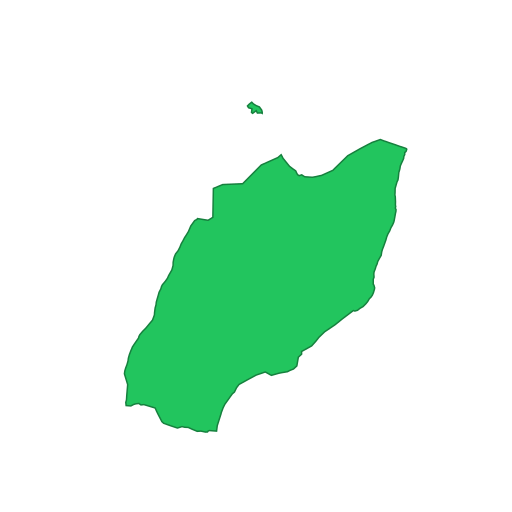 outline of Gassol, Taraba, Nigeria, rotated 154°
{"feature_id": "59680162B86116731035265", "entity_name": "Gassol", "entity_type": "district", "adm_level": 2, "iso_a3": "NGA", "parent_name": "Nigeria", "parent_adm1": "Taraba", "projection": "albers", "projection_center": [10.507, 8.392], "detail": "fine", "context": "isolated", "style": "filled", "palette": "green", "viewbox_px": 512, "rotation_deg": 154, "n_neighbors": 0, "source": "geoboundaries", "source_scale": "gbopen_adm2", "svg_char_len": 3488}
<svg xmlns="http://www.w3.org/2000/svg" viewBox="0 0 512 512"><g transform="rotate(154 256 256)"><path d="M368.2,115.9L365.2,120.5L359.2,126.8L356.8,129.3L355.8,130.5L352.1,134.0L349.0,136.4L346.8,137.6L342.9,139.7L340.9,140.8L337.7,142.5L335.0,143.2L331.3,146.1L327.6,148.0L317.8,148.5L312.8,148.7L307.9,148.9L301.8,148.1L298.5,147.7L294.5,142.0L289.5,141.1L286.8,140.6L283.8,139.8L281.8,139.2L278.4,138.2L275.7,138.3L271.8,138.0L267.5,139.3L262.3,146.5L258.0,147.8L256.9,150.2L245.4,150.8L239.7,153.1L235.2,155.3L227.5,157.8L215.4,159.5L214.4,159.7L205.7,161.7L192.4,164.3L191.3,163.2L188.6,162.7L185.3,163.4L182.0,163.6L178.2,164.9L175.6,166.1L172.9,167.9L170.7,168.6L168.6,169.8L166.5,171.6L164.4,173.9L163.9,174.5L163.3,175.4L162.8,178.2L163.0,179.2L160.8,183.7L159.2,185.2L158.0,188.2L156.9,189.9L154.3,192.3L152.8,194.0L150.6,195.8L149.1,197.6L145.9,199.9L143.2,201.7L141.2,204.6L139.6,206.4L137.0,208.8L136.5,209.3L132.3,213.4L130.2,215.8L127.6,218.1L124.9,219.9L122.3,222.3L120.9,223.2L119.6,224.1L117.5,225.9L116.5,227.0L113.9,230.5L111.8,233.4L110.8,234.6L109.8,236.3L109.8,238.0L108.8,239.1L108.3,240.8L106.8,243.7L105.8,246.0L104.8,248.3L104.4,250.0L103.4,251.7L101.3,255.8L97.7,259.8L96.7,260.9L95.1,262.1L93.5,264.4L91.0,268.5L89.4,270.2L88.4,271.4L86.8,273.7L84.7,275.5L82.6,277.2L80.5,279.0L79.5,280.7L77.9,281.9L76.9,283.9L76.3,283.9L75.6,284.1L75.2,284.3L74.6,284.9L73.7,285.9L73.7,286.3L74.2,287.1L77.3,290.2L77.6,290.5L77.9,290.7L80.4,293.2L82.0,294.9L86.8,299.6L89.0,301.9L90.4,303.2L92.0,304.9L93.2,306.2L99.6,306.9L101.0,307.1L102.0,307.2L104.3,307.1L106.5,307.1L108.5,307.0L115.3,306.8L129.6,305.9L146.2,300.4L146.6,300.3L149.3,299.3L152.2,299.4L158.7,299.6L161.7,299.7L161.9,299.7L163.2,300.1L167.1,301.0L170.7,302.0L173.6,303.6L174.2,304.0L176.2,305.1L177.5,305.9L178.7,307.8L179.3,308.9L182.0,309.3L182.7,310.3L183.1,312.0L183.0,315.1L184.3,317.5L184.5,317.8L185.2,319.2L186.6,322.0L186.8,323.0L186.9,323.3L188.2,329.0L188.6,330.8L188.9,331.8L188.9,333.0L188.9,334.0L189.0,336.0L193.1,334.9L211.4,335.5L236.3,326.8L254.6,334.8L264.7,335.4L277.8,309.7L279.5,309.5L283.4,309.1L292.2,315.3L292.8,314.8L295.6,314.7L301.4,311.6L306.0,307.6L309.9,305.1L312.0,303.9L315.2,301.5L317.9,299.7L320.5,297.3L323.7,294.9L327.4,293.1L330.1,290.7L331.1,289.5L331.8,288.6L333.2,286.7L334.7,283.8L337.8,280.3L343.1,276.7L345.2,274.9L348.4,273.1L352.7,271.2L354.3,270.0L355.9,268.2L359.0,265.9L361.1,263.5L363.2,261.2L365.8,258.3L367.3,255.9L369.2,253.8L369.3,253.7L372.0,249.6L373.0,247.8L374.0,246.7L377.2,243.7L381.5,241.8L384.1,240.6L386.8,239.4L390.6,238.1L392.2,237.4L394.9,236.2L396.5,235.0L397.5,233.8L400.7,232.0L403.9,230.2L407.1,228.3L408.2,227.2L409.7,226.0L412.9,223.0L415.5,220.1L417.0,217.8L419.6,214.9L422.2,212.5L424.3,210.2L425.9,207.8L427.7,196.7L433.6,186.8L434.6,185.0L435.6,183.3L437.2,181.5L438.3,178.5L435.9,177.1L434.2,176.1L430.9,176.2L428.7,175.8L425.9,174.8L424.7,172.6L421.9,171.6L417.9,167.9L416.2,166.3L413.9,164.2L413.3,163.6L413.3,162.2L413.4,160.3L413.4,156.9L413.2,148.4L412.3,146.1L407.1,140.8L402.1,135.9L401.9,135.8L397.3,135.1L395.1,133.3L392.0,131.6L389.6,128.6L385.7,124.2L382.3,122.8L378.6,119.9L376.7,119.1L375.6,119.7L374.5,119.6L368.2,115.9ZM192.4,396.1L193.5,395.9L195.7,395.4L197.9,394.6L197.7,392.5L195.1,390.1L197.1,387.0L196.5,385.7L192.1,386.5L192.1,383.9L188.5,382.3L187.9,381.5L187.4,382.4L186.9,384.6L187.6,388.5L190.0,391.2L190.8,392.5L191.7,393.9L192.4,396.1Z" fill="#22c55e" stroke="#15803d" stroke-width="1.5"/></g></svg>